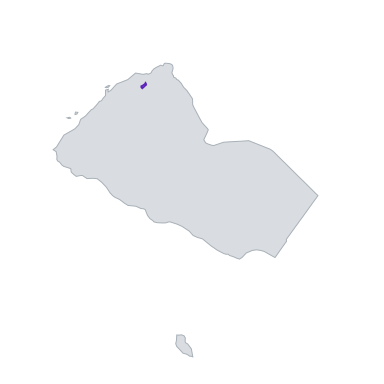 Qarah, Hajjah, Yemen (highlighted), rotated 55°
{"feature_id": "15242507B20225444371684", "entity_name": "Qarah", "entity_type": "district", "adm_level": 2, "iso_a3": "YEM", "parent_name": "Yemen", "parent_adm1": "Hajjah", "projection": "equal_earth", "projection_center": [43.48, 16.353], "detail": "fine", "context": "in_parent", "style": "filled", "palette": "violet", "viewbox_px": 384, "rotation_deg": 55, "n_neighbors": 0, "source": "geoboundaries", "source_scale": "gbopen_adm2", "svg_char_len": 3607}
<svg xmlns="http://www.w3.org/2000/svg" viewBox="0 0 384 384"><g transform="rotate(55 192 192)"><path d="M293.3,161.6L282.0,167.0L279.1,169.4L276.4,172.3L274.5,176.0L273.1,182.5L274.3,188.4L274.2,191.6L271.3,193.7L268.6,195.3L265.6,197.6L263.8,198.1L262.3,200.0L260.6,201.3L254.3,204.6L247.4,207.2L236.4,210.3L232.2,213.7L228.3,216.0L222.5,216.7L214.4,219.9L210.0,222.5L204.4,226.7L203.2,228.0L202.3,231.1L200.6,233.7L197.2,238.1L194.7,240.3L193.0,240.5L189.8,241.7L185.9,241.9L179.4,240.4L177.7,241.5L176.4,243.2L171.4,246.2L166.3,252.1L162.6,253.7L156.6,255.6L152.3,258.1L149.5,259.1L145.9,259.6L139.1,259.4L132.7,260.3L126.8,262.0L124.0,265.2L120.8,270.3L115.6,272.3L114.4,274.2L112.8,277.9L109.4,278.9L106.4,279.5L103.3,277.9L97.4,282.4L95.2,283.1L91.8,283.3L89.4,284.3L87.7,284.0L85.5,282.2L81.0,280.1L77.7,281.5L77.4,277.2L71.9,264.2L73.0,252.8L73.0,251.2L71.9,246.1L68.6,241.5L68.7,235.7L67.7,231.5L66.8,227.2L67.1,226.0L67.1,225.0L65.5,218.4L64.9,217.0L64.7,215.6L65.2,214.6L65.2,213.4L64.3,211.3L63.4,207.5L58.9,204.4L59.9,201.6L60.7,202.6L61.9,203.4L62.1,201.6L62.2,200.2L60.3,191.7L63.1,180.2L62.2,170.0L66.4,165.8L67.5,164.6L68.1,163.5L69.1,161.1L70.4,160.4L70.9,157.9L70.8,156.7L70.0,155.6L69.3,152.7L69.5,149.1L69.8,147.6L70.2,144.8L71.7,143.8L72.0,143.0L70.9,141.2L71.0,140.2L73.5,137.2L74.5,136.3L76.1,135.4L77.4,135.4L78.8,136.0L80.1,136.8L81.4,138.3L82.7,140.0L84.8,140.6L86.1,140.4L87.3,141.2L88.2,140.8L89.3,139.9L91.1,140.0L92.6,139.0L97.1,138.5L101.4,138.8L105.9,138.0L110.4,138.0L114.9,138.1L115.9,138.2L116.9,138.7L120.7,141.3L123.6,141.9L129.4,142.6L135.6,143.4L141.0,144.0L145.5,143.4L149.3,142.9L150.3,143.0L151.5,144.6L153.8,148.6L156.0,152.4L159.7,152.6L162.1,151.2L164.8,149.2L166.4,147.6L168.2,141.5L169.4,137.5L172.1,133.0L174.4,129.3L177.5,124.3L179.2,121.6L182.5,116.1L185.7,114.0L191.8,110.0L197.9,106.0L201.8,103.4L205.2,102.2L210.8,101.2L217.4,100.0L224.0,98.8L231.1,97.5L239.0,96.1L244.3,95.1L251.2,93.8L256.9,92.8L262.0,91.9L267.2,90.9L268.3,93.9L269.3,96.9L270.3,99.9L271.4,102.9L272.4,105.9L273.5,108.9L274.5,111.9L275.6,114.9L276.6,117.9L277.6,120.9L278.7,123.9L279.7,127.0L280.8,130.0L281.8,133.0L282.9,136.0L283.9,139.0L284.9,141.9L286.6,142.9L287.6,145.7L289.0,149.7L290.4,153.6L291.9,157.6L293.3,161.6ZM310.5,283.4L311.9,283.7L314.0,282.7L320.1,282.5L327.5,285.9L326.1,286.8L325.3,288.0L322.1,289.2L318.9,291.8L309.6,293.1L306.9,292.3L304.6,289.8L300.4,286.5L302.0,284.4L302.4,283.5L303.0,282.5L305.3,281.0L307.7,281.2L310.5,283.4ZM61.8,242.7L61.5,243.4L61.1,243.2L59.7,241.6L61.3,239.8L62.1,241.5L61.8,242.7ZM57.4,202.3L56.7,203.0L56.5,201.8L57.0,199.1L57.7,198.4L58.2,200.3L57.9,201.4L57.4,202.3ZM61.1,250.9L59.6,251.8L60.6,249.4L61.7,248.9L62.0,249.0L61.1,250.9Z" fill="#d9dde1" stroke="#a8b0b8" stroke-width="1"/><path d="M75.8,167.4L75.9,167.6L76.0,167.9L76.2,168.2L76.3,168.3L76.4,168.5L76.5,169.4L76.5,169.5L76.4,169.5L76.4,169.8L76.5,170.0L76.4,170.4L76.4,170.5L76.4,170.9L76.5,171.1L76.5,171.3L76.4,171.3L76.4,171.5L76.4,171.8L76.3,172.1L76.2,172.4L76.3,172.4L76.3,172.6L76.3,172.8L76.3,173.0L76.2,173.3L76.0,173.5L76.2,173.4L76.3,173.3L76.3,173.2L76.5,173.2L76.7,173.3L76.8,173.3L77.0,173.4L77.1,173.5L77.3,173.5L77.5,173.5L77.9,173.5L78.3,173.4L78.2,173.3L78.3,173.3L78.3,173.2L78.4,172.9L78.5,172.8L78.5,172.7L78.4,172.7L78.3,172.4L78.5,172.4L78.6,172.2L78.6,171.9L78.4,171.5L78.3,171.0L78.3,170.9L78.3,170.7L78.4,170.4L78.3,170.2L78.2,170.0L78.2,169.9L78.2,169.7L78.1,169.4L78.1,169.2L78.1,168.9L78.1,168.7L78.0,168.0L77.7,168.0L77.4,167.7L76.9,167.5L76.4,167.4L76.0,167.4L75.8,167.4Z" fill="#8b5cf6" stroke="#5b21b6" stroke-width="1.5"/></g></svg>